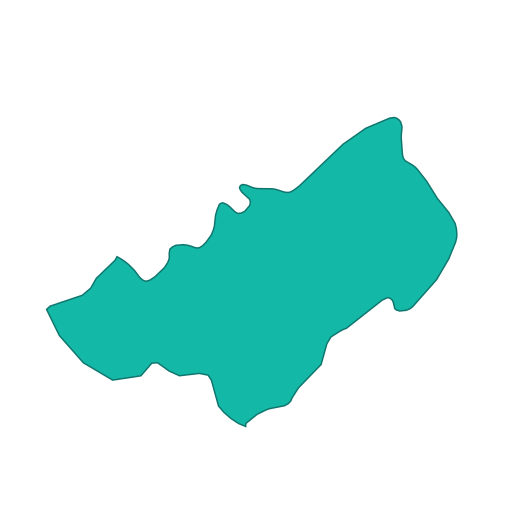 the border of Massa-Carrara, rotated 104°
{"feature_id": "ITA-5382", "entity_name": "Massa-Carrara", "entity_type": "Province", "adm_level": 1, "iso_a3": "ITA", "parent_name": "Italy", "parent_adm1": "", "projection": "natural_earth1", "projection_center": [9.975, 44.229], "detail": "fine", "context": "isolated", "style": "filled", "palette": "teal", "viewbox_px": 512, "rotation_deg": 104, "n_neighbors": 0, "source": "natural_earth", "source_scale": "10m", "svg_char_len": 1820}
<svg xmlns="http://www.w3.org/2000/svg" viewBox="0 0 512 512"><g transform="rotate(104 256 256)"><path d="M358.5,446.3L354.4,443.6L336.2,415.1L327.2,408.6L316.2,405.5L294.4,391.8L290.3,390.7L290.6,389.6L291.6,386.0L293.1,381.9L295.0,377.8L299.2,370.7L304.4,364.3L305.8,362.1L306.9,359.6L307.2,356.8L305.0,353.0L300.4,348.9L289.4,342.0L283.6,340.0L279.1,339.6L274.2,340.9L270.2,341.2L267.5,339.4L265.0,336.3L262.6,329.3L262.1,324.8L262.2,321.0L262.6,318.1L262.5,315.1L261.5,312.7L258.8,310.2L254.6,307.7L246.2,304.4L241.2,303.7L237.0,303.6L226.2,305.1L220.4,304.9L214.7,304.0L213.4,302.9L212.4,301.0L213.0,297.1L214.1,294.3L218.3,286.9L219.1,284.2L218.1,280.9L215.5,277.8L208.7,274.4L205.2,274.4L202.6,275.8L197.5,285.1L195.8,287.0L193.9,288.5L191.5,288.2L189.9,286.4L189.5,282.6L190.4,276.2L190.5,273.1L190.1,270.3L186.8,256.2L186.6,253.1L186.7,250.0L187.0,246.7L187.1,243.6L186.7,240.8L185.8,238.3L182.5,234.8L177.4,230.8L126.5,198.6L105.5,180.4L89.8,159.5L88.1,155.1L88.3,152.7L89.3,150.2L90.8,148.2L93.1,146.8L95.6,145.5L105.2,144.0L121.7,138.6L124.2,137.4L126.3,135.9L127.7,133.8L130.1,125.6L131.3,123.0L132.6,120.8L142.0,108.7L156.3,93.9L167.1,79.5L176.2,70.7L180.9,68.2L186.2,66.4L190.0,65.7L194.4,65.7L212.3,68.3L235.3,75.1L267.4,91.8L270.1,94.0L272.4,97.2L274.6,103.4L274.4,106.7L273.5,108.6L267.7,111.6L265.7,113.3L264.6,115.6L264.5,118.2L268.3,122.9L304.4,150.9L305.7,153.0L309.1,156.8L316.4,163.7L324.0,166.0L345.6,166.6L353.8,171.4L373.7,182.9L385.0,186.7L388.3,187.2L391.5,189.0L394.4,192.1L400.6,205.4L402.3,208.2L409.3,216.6L420.9,225.3L423.9,224.8L422.8,232.2L419.8,240.9L415.4,249.4L410.6,256.1L387.5,269.1L383.2,273.6L383.6,282.5L390.7,301.3L388.6,312.6L383.4,325.7L385.2,331.2L400.1,338.7L411.1,365.1L401.4,397.6L380.8,427.5L358.5,446.3Z" fill="#14b8a6" stroke="#0f766e" stroke-width="1.5"/></g></svg>